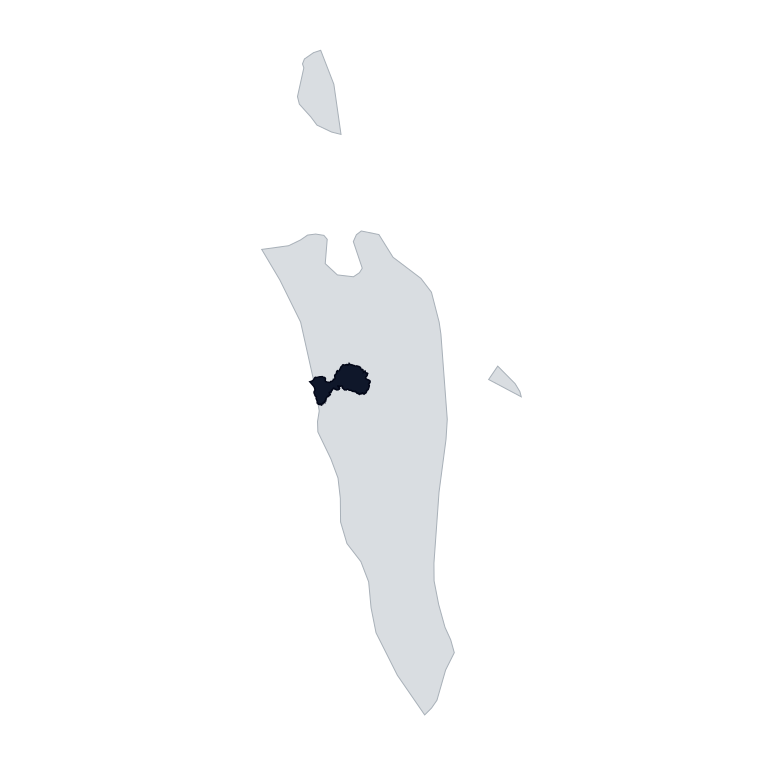 Same, Manufahi, East Timor shown in context, rotated 97°
{"feature_id": "22284137B41872156490215", "entity_name": "Same", "entity_type": "district", "adm_level": 2, "iso_a3": "TLS", "parent_name": "East Timor", "parent_adm1": "Manufahi", "projection": "mercator", "projection_center": [125.715, -9.045], "detail": "fine", "context": "in_parent", "style": "filled", "palette": "ink", "viewbox_px": 768, "rotation_deg": 97, "n_neighbors": 0, "source": "geoboundaries", "source_scale": "gbopen_adm2", "svg_char_len": 6395}
<svg xmlns="http://www.w3.org/2000/svg" viewBox="0 0 768 768"><g transform="rotate(97 384 384)"><path d="M265.3,521.8L258.4,495.6L251.2,484.4L245.5,478.0L243.5,470.1L243.8,461.8L247.3,458.0L271.7,457.0L281.4,443.6L281.3,427.4L276.5,421.9L271.7,419.7L246.4,431.8L239.2,429.6L234.9,425.2L236.3,407.3L257.1,390.5L274.7,360.2L287.1,348.1L315.9,336.8L327.6,333.6L411.4,316.9L431.4,315.7L484.6,316.2L555.7,312.6L573.3,310.3L596.1,302.9L618.1,293.8L629.8,286.6L642.1,281.5L660.4,288.0L691.4,292.9L699.8,297.3L707.5,303.3L671.5,335.2L631.9,361.6L607.6,369.6L582.3,375.1L563.1,385.3L546.9,401.3L526.2,410.3L502.8,413.4L482.9,418.2L464.8,427.6L439.6,443.8L429.4,445.4L418.6,445.0L397.7,451.2L332.7,474.3L293.5,500.0L265.3,521.8ZM60.5,487.5L92.6,470.3L141.5,457.1L140.3,466.8L135.2,482.1L127.8,489.2L116.6,502.1L109.3,504.9L80.0,502.1L76.2,503.9L71.1,502.6L63.7,494.3L60.5,487.5ZM380.0,246.2L366.8,280.7L352.4,273.3L367.7,253.9L375.0,248.2L380.0,246.2Z" fill="#d9dde1" stroke="#a8b0b8" stroke-width="1"/><path d="M394.4,420.6L394.0,420.4L393.8,420.2L393.7,419.9L393.6,419.2L393.7,418.8L394.1,418.4L394.4,417.8L394.4,417.0L394.3,415.9L394.8,415.1L395.2,413.9L395.1,413.4L394.9,413.2L395.1,412.3L394.9,412.0L395.0,412.0L395.3,411.7L395.4,411.2L395.2,410.9L395.5,410.6L395.6,410.2L396.2,410.0L396.5,409.6L396.5,409.4L396.5,409.1L396.5,408.9L396.2,408.9L396.1,408.6L396.2,408.2L396.9,408.1L397.1,407.5L397.0,407.4L397.2,407.2L396.7,406.9L396.8,406.6L396.8,406.4L396.8,405.9L396.7,405.7L396.4,405.8L396.4,405.1L396.2,404.9L395.8,404.9L395.6,404.6L395.3,404.3L395.3,404.2L395.9,404.0L396.2,403.7L396.4,403.3L396.1,403.1L396.2,402.7L395.7,402.4L395.4,401.8L395.8,401.8L395.4,401.4L395.2,401.0L395.0,400.9L394.7,400.9L394.6,400.7L393.8,400.4L393.5,400.5L393.1,400.3L392.6,400.4L392.2,400.1L392.2,399.9L392.0,399.5L391.7,399.4L391.3,399.0L390.8,398.9L390.5,398.8L390.2,398.8L388.9,398.5L387.9,398.4L387.2,398.4L387.0,398.6L386.5,399.0L386.1,399.3L385.9,399.0L385.6,399.0L385.5,398.7L385.2,398.6L384.9,398.5L384.6,398.6L384.5,398.2L384.0,398.0L383.6,398.1L383.3,398.1L382.9,398.1L382.6,398.3L382.5,398.8L382.3,398.9L382.3,399.1L381.8,399.8L381.9,400.3L381.6,401.1L381.6,401.3L381.1,402.0L381.1,402.3L381.0,402.6L380.7,402.9L380.2,403.0L379.2,403.0L379.0,402.7L378.9,402.4L378.5,402.2L378.0,402.2L377.6,401.8L377.0,401.7L376.7,401.8L376.3,401.7L376.2,401.6L375.8,401.6L375.5,401.8L375.4,401.7L375.1,402.4L375.2,403.4L375.2,403.5L374.6,403.9L374.6,404.0L373.9,404.3L373.7,404.2L373.4,404.4L373.8,404.9L373.9,405.4L374.4,405.7L374.0,405.7L373.9,405.8L373.8,406.1L373.4,406.4L373.2,406.5L372.5,406.7L372.4,406.7L372.1,407.5L372.2,407.8L372.5,408.1L371.7,408.8L371.4,409.0L370.8,409.3L370.5,409.4L370.4,409.4L370.2,409.8L370.2,410.2L369.9,410.7L369.9,410.8L369.7,410.9L369.6,411.1L369.6,411.7L369.7,412.3L369.5,412.6L369.3,413.1L369.4,413.5L369.7,413.8L369.7,414.0L369.7,414.4L369.8,414.7L369.7,414.9L369.3,415.7L369.3,416.2L369.4,416.3L369.4,416.5L369.3,417.0L369.1,417.1L368.9,417.6L369.1,418.0L369.0,418.5L368.8,418.8L368.8,419.1L368.8,419.3L368.8,419.9L368.4,420.6L368.1,420.9L368.3,420.9L368.4,421.3L368.8,421.5L369.1,421.7L369.5,422.0L369.3,422.4L369.5,422.5L369.3,422.7L369.4,422.8L369.4,423.0L369.5,423.4L369.3,423.7L369.5,423.9L369.6,424.4L369.8,424.5L369.8,424.8L370.1,424.9L370.1,425.1L370.0,425.5L370.1,425.8L370.1,426.2L370.1,426.3L369.9,426.5L370.1,426.8L370.0,427.2L370.2,427.4L370.4,427.5L370.7,427.7L371.1,427.8L371.9,428.3L372.5,429.0L372.8,429.1L373.2,428.9L374.0,429.2L374.3,429.4L375.2,429.8L376.0,429.9L376.4,430.1L376.6,430.5L376.7,431.1L376.6,431.4L376.4,431.7L376.4,431.9L376.6,432.0L377.2,431.7L377.5,431.8L377.5,432.3L377.5,432.5L378.2,432.6L379.0,432.3L379.5,432.4L379.7,432.5L379.9,432.9L380.6,433.4L381.3,434.0L381.5,434.0L381.8,433.8L382.1,433.7L382.7,433.8L383.0,433.8L383.7,433.3L384.0,433.3L384.8,433.5L385.0,433.6L385.4,434.1L385.5,434.8L386.4,434.9L387.5,435.6L387.7,435.9L387.8,436.8L388.1,437.2L388.1,437.3L388.8,437.5L389.0,437.7L389.1,438.6L389.0,438.8L389.0,439.3L389.1,439.7L389.1,440.4L388.6,442.2L388.3,442.5L387.8,442.7L386.9,442.8L386.0,442.7L385.8,442.9L385.2,443.1L384.7,443.8L384.9,444.5L384.9,444.9L384.4,445.6L384.2,446.0L384.7,448.8L385.6,451.1L385.8,452.2L385.8,452.5L385.7,452.8L385.8,453.0L386.0,453.3L386.3,453.5L388.8,454.7L389.0,454.9L390.1,456.2L390.8,457.9L394.7,453.6L396.4,452.3L396.7,452.2L397.0,452.3L397.6,452.0L398.0,451.9L398.3,451.8L398.6,451.8L399.0,451.8L399.6,452.3L399.9,452.4L400.3,452.4L400.6,452.5L401.5,452.2L402.2,452.0L402.7,451.4L403.1,451.2L403.6,451.2L404.0,451.0L404.4,450.6L404.8,449.7L405.3,449.7L406.1,449.6L406.7,449.6L407.1,449.4L407.7,449.0L408.3,448.7L408.6,448.5L409.1,448.3L409.3,448.2L410.4,448.1L411.0,448.0L411.2,446.9L411.6,446.5L411.9,446.7L412.0,446.8L412.1,446.7L412.1,446.1L412.3,445.7L412.1,445.4L412.1,445.1L411.9,445.3L411.7,445.1L411.7,444.8L411.5,444.6L411.5,444.4L411.8,444.4L411.9,444.1L412.0,444.0L412.2,443.8L412.5,443.8L412.6,443.6L412.5,443.3L412.2,443.3L412.0,443.5L411.6,443.0L411.4,442.8L411.1,442.8L410.9,442.5L410.9,442.2L410.5,442.3L410.4,442.2L410.4,441.9L410.2,441.8L410.0,442.2L409.9,442.2L409.8,441.8L409.4,441.5L409.3,441.4L409.4,441.2L409.2,441.3L408.8,441.0L408.7,440.7L408.8,440.4L408.6,440.4L408.4,440.6L408.2,440.5L408.1,440.3L408.0,440.5L407.9,440.5L407.8,440.0L407.4,439.9L407.2,439.8L407.0,439.7L406.6,440.0L406.4,439.9L406.2,440.0L406.1,439.8L405.8,440.0L405.6,440.0L405.5,439.8L405.0,439.6L404.9,439.4L404.3,439.2L403.0,438.4L402.7,438.2L402.6,437.8L402.6,437.6L402.8,437.4L402.4,437.3L402.2,437.5L402.0,437.4L402.0,437.2L401.7,436.6L401.2,436.0L400.7,436.0L400.3,436.7L399.6,437.3L399.0,437.3L398.9,437.2L398.6,436.1L398.8,435.7L398.1,435.3L397.6,435.3L397.2,435.2L396.4,435.2L396.3,434.6L395.8,434.5L395.4,434.1L394.6,434.0L394.2,433.7L394.3,433.2L394.7,432.7L395.1,432.1L395.2,431.9L395.1,431.6L395.1,431.3L395.5,430.8L395.6,430.6L395.5,429.7L395.3,429.1L395.4,428.9L395.2,428.7L394.7,428.3L394.6,428.1L394.6,427.8L394.2,427.7L394.2,427.8L393.9,427.6L393.7,427.7L393.3,428.1L393.1,428.3L392.9,428.1L392.6,428.5L392.5,428.2L392.3,428.3L392.2,428.7L392.0,428.8L391.9,429.3L391.8,429.6L391.6,429.6L391.6,428.8L391.5,428.4L391.7,427.7L391.5,426.9L391.2,426.3L391.2,425.8L391.2,425.3L391.4,424.9L391.5,424.9L392.0,424.8L392.3,425.0L392.9,424.8L393.2,424.5L393.5,423.9L394.4,422.9L394.7,422.2L394.4,421.4L394.5,420.7L394.4,420.6Z" fill="#0f172a" stroke="#020617" stroke-width="1.5"/></g></svg>